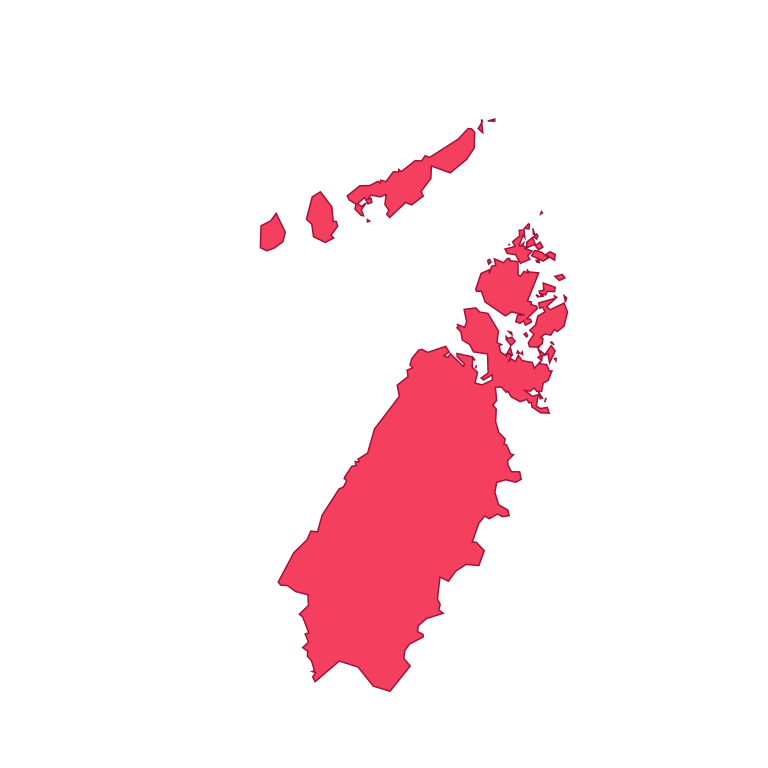 outline of Conamara South Lea-5, Galway, Ireland, rotated 128°
{"feature_id": "5873133B18707060070656", "entity_name": "Conamara South Lea-5", "entity_type": "district", "adm_level": 2, "iso_a3": "IRL", "parent_name": "Ireland", "parent_adm1": "Galway", "projection": "mercator", "projection_center": [-9.603, 53.216], "detail": "fine", "context": "isolated", "style": "filled", "palette": "rose", "viewbox_px": 768, "rotation_deg": 128, "n_neighbors": 0, "source": "geoboundaries", "source_scale": "gbopen_adm2", "svg_char_len": 6211}
<svg xmlns="http://www.w3.org/2000/svg" viewBox="0 0 768 768"><g transform="rotate(128 384 384)"><path d="M622.4,190.1L590.1,189.7L588.0,199.5L581.0,203.5L573.2,203.8L559.0,197.3L557.3,199.2L558.4,205.1L553.4,208.2L542.6,206.1L528.2,196.2L528.3,201.7L523.2,204.0L520.4,209.6L501.7,221.0L499.7,211.8L487.3,212.3L475.7,208.3L468.6,197.5L453.7,202.3L451.9,213.9L454.3,217.1L435.6,223.5L426.1,223.4L425.4,218.1L416.6,214.5L415.7,209.1L410.7,204.3L407.1,208.7L408.6,219.4L400.8,230.2L392.2,234.6L384.5,229.1L380.3,219.7L374.6,217.2L369.7,223.0L374.6,229.6L371.7,236.3L368.3,239.4L360.0,238.5L361.2,241.3L356.6,249.8L357.3,252.5L352.8,254.6L351.5,263.7L344.9,272.9L334.7,280.1L333.6,285.3L327.6,285.1L317.9,294.3L314.1,289.4L315.3,282.5L313.4,282.1L315.8,275.9L314.1,265.8L308.1,261.8L309.7,258.3L307.8,256.5L311.0,253.4L310.3,242.9L305.3,235.9L301.9,240.9L306.9,245.5L307.7,250.3L297.4,255.8L302.3,259.4L302.4,268.9L299.6,264.3L294.7,263.2L295.7,259.2L292.8,255.2L285.1,259.2L280.2,256.8L270.3,259.7L271.9,261.8L268.5,267.8L272.0,273.3L269.8,274.6L279.1,275.2L275.7,280.4L280.6,289.7L278.6,295.9L285.5,294.3L285.8,298.9L288.8,299.8L282.4,301.2L285.1,306.3L286.7,304.7L287.0,311.9L283.1,316.7L280.6,315.6L281.9,320.5L271.8,326.4L264.4,345.6L268.4,352.9L267.5,358.5L275.9,366.8L284.3,357.0L289.7,355.4L292.1,363.5L291.7,361.0L294.8,361.2L295.6,355.4L301.1,349.4L300.2,340.7L303.6,333.3L296.6,320.9L311.2,308.7L319.5,311.1L319.6,308.1L310.0,304.4L314.3,301.1L324.3,306.2L327.3,312.8L317.3,317.4L316.4,324.8L309.1,330.0L309.4,326.7L308.1,330.9L315.0,345.3L317.4,343.2L318.7,332.8L321.2,332.2L319.3,350.4L323.6,349.9L324.8,354.2L318.7,352.2L316.3,358.6L332.1,368.9L333.4,375.5L336.1,377.6L347.0,377.7L353.0,375.3L353.6,371.4L358.8,374.3L363.4,369.6L376.8,372.9L384.2,364.3L425.2,363.8L448.5,354.4L459.3,358.2L459.8,356.5L460.6,355.7L462.9,358.9L465.5,355.7L468.4,358.7L480.9,357.8L483.7,356.9L482.1,356.7L483.9,353.6L490.4,352.6L494.2,354.8L525.4,352.0L541.5,345.4L544.9,351.1L554.3,348.7L572.5,351.2L605.2,345.4L606.1,341.6L602.3,336.0L601.9,325.6L596.9,314.2L605.0,307.2L617.5,309.0L617.7,304.5L626.4,290.1L629.5,292.3L633.9,284.6L641.8,285.8L641.5,279.6L645.6,276.9L646.8,270.6L652.9,262.1L654.7,263.5L653.6,260.2L658.7,259.9L661.0,255.0L629.9,248.7L623.0,230.2L628.7,206.5L622.4,190.1ZM249.3,482.0L227.7,478.7L225.8,472.5L211.8,468.7L209.5,473.3L193.3,473.6L183.0,480.8L176.8,461.8L156.4,457.2L142.6,458.2L129.9,467.4L129.0,472.0L130.9,475.0L145.4,476.3L177.4,487.6L178.7,492.1L185.2,491.8L188.8,497.0L205.9,501.1L205.9,504.4L208.0,502.9L210.9,507.3L223.4,507.0L225.3,511.9L228.0,510.8L227.9,513.5L236.5,517.5L242.7,525.1L258.4,528.8L260.4,524.8L259.4,516.9L264.1,514.5L265.2,505.9L264.0,503.6L260.7,509.2L252.4,509.6L258.0,511.1L258.2,515.9L249.1,514.0L252.0,507.5L248.3,505.4L245.7,508.5L248.5,510.7L242.9,510.4L239.1,502.4L233.4,499.1L242.0,493.7L244.2,487.0L248.6,486.4L249.3,482.0ZM257.1,354.8L255.6,330.3L248.6,327.8L243.0,315.7L247.5,321.2L253.8,318.5L252.5,314.2L248.2,312.7L250.6,308.8L244.5,306.0L242.8,308.4L244.6,311.7L230.1,309.6L228.7,311.5L230.9,317.2L228.6,318.3L230.2,322.1L201.2,330.5L206.7,339.2L205.5,341.9L207.8,338.8L209.0,343.0L215.2,342.8L215.5,345.4L205.1,353.9L209.5,360.9L207.8,362.2L209.0,363.9L214.8,364.5L217.4,374.0L221.8,369.0L225.0,371.7L232.1,368.9L228.9,371.2L237.1,375.6L253.0,370.0L254.0,368.1L250.9,364.4L257.1,354.8ZM276.5,534.2L271.7,552.4L280.7,555.8L301.9,546.6L302.6,539.3L311.3,530.2L308.6,517.4L299.9,513.5L299.5,517.3L288.1,517.7L285.3,521.7L287.1,524.2L276.5,534.2ZM227.6,277.7L214.3,283.7L209.4,291.9L223.4,298.9L222.6,303.5L210.4,301.4L224.9,312.0L228.4,308.0L225.8,306.1L227.9,301.5L235.7,304.6L244.1,300.9L251.9,302.2L252.5,296.5L262.6,295.7L265.1,292.2L260.7,286.2L254.9,284.1L250.5,286.6L250.9,289.1L245.4,288.0L242.9,282.7L236.1,283.2L236.0,279.8L227.6,277.7ZM325.2,555.2L315.9,574.1L325.2,573.7L335.0,578.3L352.7,565.4L351.1,558.3L344.5,554.2L334.2,551.3L325.2,555.2ZM204.9,350.8L196.0,345.8L194.6,349.6L188.0,349.2L190.5,356.3L188.6,355.8L189.7,359.7L186.9,360.8L191.6,361.5L191.6,362.8L181.2,366.0L182.1,363.1L176.4,368.5L179.6,372.1L183.8,368.2L192.7,370.3L194.9,365.4L203.2,371.7L205.2,367.3L201.1,359.8L204.9,350.8ZM265.5,266.5L252.7,269.4L250.8,275.9L261.7,275.2L261.7,284.0L264.9,278.0L268.2,279.1L268.3,274.3L264.6,276.6L259.4,273.2L265.5,266.5ZM202.4,308.6L206.4,320.7L211.6,315.9L215.2,318.9L216.9,316.9L214.3,311.5L210.6,312.4L206.2,306.5L202.4,308.6ZM189.2,334.3L183.3,332.1L183.2,341.1L186.0,347.5L192.0,346.7L189.2,334.3ZM188.9,355.4L180.7,350.9L177.0,357.2L184.3,358.8L188.9,355.4ZM269.6,307.0L268.5,312.2L271.8,314.3L271.3,317.0L273.5,315.3L275.6,307.5L269.6,307.0ZM177.6,334.6L182.5,336.4L181.5,325.8L176.4,328.9L177.6,334.6ZM194.5,309.6L189.0,306.7L187.9,310.9L194.0,315.6L194.5,309.6ZM183.1,344.8L178.4,343.0L176.1,348.4L181.8,350.1L183.1,344.8ZM125.2,460.9L117.9,467.9L124.8,467.0L125.2,460.9ZM282.1,300.7L277.3,307.1L283.6,305.9L282.1,300.7ZM112.8,464.2L108.8,458.5L107.0,459.8L112.8,464.2ZM172.6,365.2L168.8,367.6L168.8,368.8L174.9,369.2L172.6,365.2ZM207.8,291.3L203.5,293.3L203.5,296.5L207.8,291.3ZM175.9,352.9L172.4,353.9L171.9,356.3L175.7,356.6L175.9,352.9ZM220.9,377.7L222.8,378.4L225.2,375.3L222.0,374.7L220.9,377.7ZM173.2,357.6L169.8,362.5L174.0,358.4L173.2,357.6ZM297.7,250.3L295.1,257.3L299.5,251.8L297.7,250.3ZM259.2,300.6L257.5,300.5L256.2,303.6L258.6,304.2L259.2,300.6ZM191.1,338.1L192.9,340.3L193.8,338.7L192.8,336.4L191.1,338.1ZM264.7,315.4L266.0,318.1L266.5,313.5L264.7,315.4ZM248.6,278.1L248.4,274.0L247.6,277.8L248.6,278.1ZM277.7,298.3L276.3,296.0L275.7,299.0L277.7,298.3ZM264.6,498.3L266.5,496.8L264.5,495.6L264.6,498.3ZM209.8,304.9L210.1,301.9L209.4,301.4L209.8,304.9ZM219.9,319.2L220.8,316.3L219.6,315.8L219.9,319.2ZM259.1,265.3L259.9,262.8L257.8,264.1L259.1,265.3ZM295.9,247.7L299.5,246.1L295.7,247.4L295.9,247.7ZM275.4,293.0L273.6,294.8L275.3,294.9L275.4,293.0ZM216.5,312.3L217.4,314.9L218.8,314.5L216.5,312.3ZM153.7,365.1L151.6,364.5L151.2,366.1L153.7,365.1ZM261.2,284.3L259.1,284.6L260.6,285.8L261.2,284.3ZM116.6,467.8L115.4,470.0L117.9,468.1L116.6,467.8ZM312.3,322.7L314.6,321.9L314.5,321.6L312.3,322.7ZM197.4,371.3L198.1,371.4L196.2,370.7L197.4,371.3Z" fill="#f43f5e" stroke="#9f1239" stroke-width="1.5"/></g></svg>